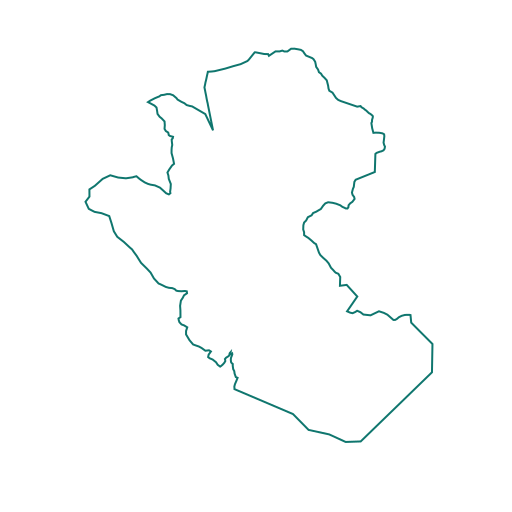 the district of San Martín Itunyoso, Oaxaca, Mexico, rotated 260°
{"feature_id": "50627088B87808414718325", "entity_name": "San Martín Itunyoso", "entity_type": "district", "adm_level": 2, "iso_a3": "MEX", "parent_name": "Mexico", "parent_adm1": "Oaxaca", "projection": "orthographic", "projection_center": [-97.847, 17.222], "detail": "fine", "context": "isolated", "style": "outline", "palette": "teal", "viewbox_px": 512, "rotation_deg": 260, "n_neighbors": 0, "source": "geoboundaries", "source_scale": "gbopen_adm2", "svg_char_len": 4707}
<svg xmlns="http://www.w3.org/2000/svg" viewBox="0 0 512 512"><g transform="rotate(260 256 256)"><path d="M404.6,230.7L414.4,219.1L415.3,216.8L416.7,213.9L418.9,212.0L420.8,209.3L423.7,205.9L425.3,205.1L428.7,202.3L430.3,199.5L430.9,196.5L430.7,193.4L430.9,190.4L429.9,188.3L429.6,186.7L428.9,183.7L427.4,178.9L426.3,176.4L424.9,178.2L421.8,182.1L419.5,183.8L416.0,183.8L413.0,183.7L409.8,185.3L408.0,186.9L404.4,189.3L400.6,188.9L397.1,188.0L394.7,188.9L392.8,191.0L390.2,191.1L389.1,192.2L387.8,195.0L386.3,194.4L385.4,193.2L383.6,193.0L379.9,192.8L377.7,191.9L375.3,191.3L372.0,190.7L366.5,191.2L361.0,191.3L359.7,189.0L356.3,185.6L353.6,183.3L350.5,183.7L347.1,183.5L341.7,184.6L337.4,183.6L334.3,182.6L332.7,182.6L331.8,180.9L333.4,178.4L336.7,175.9L340.0,173.3L343.1,168.7L344.6,164.5L345.8,162.1L347.8,159.2L350.8,156.0L352.4,154.5L355.3,152.1L355.1,149.3L354.9,148.4L355.1,141.4L357.2,133.9L360.8,126.5L358.6,118.4L353.1,109.5L350.5,103.5L343.4,102.3L339.0,97.5L331.5,99.5L329.3,102.3L327.5,104.7L325.0,111.3L320.8,118.4L313.5,119.4L305.0,120.3L299.0,122.7L292.8,128.3L286.3,133.2L284.0,135.1L281.1,136.4L279.1,137.4L276.9,138.5L273.1,140.0L269.2,141.6L266.1,143.8L262.6,146.3L258.0,149.3L251.6,151.6L245.8,155.3L245.0,156.6L243.0,159.4L241.2,161.8L239.8,164.7L238.9,168.0L237.5,170.2L235.7,171.5L235.0,173.2L234.2,176.6L233.9,179.9L233.2,181.7L231.3,181.6L230.6,180.1L229.8,178.3L227.5,176.6L225.1,174.3L220.1,172.6L215.5,172.1L208.9,171.0L207.9,168.8L206.1,168.8L204.1,169.1L201.5,170.8L200.2,173.1L197.7,175.9L194.3,174.1L190.9,173.5L184.6,175.9L179.8,178.7L178.4,181.1L176.8,184.0L174.9,186.4L171.5,189.7L171.3,193.3L169.8,195.0L168.7,193.9L167.2,192.3L164.8,191.3L163.4,192.5L161.6,195.3L158.3,198.2L155.5,199.4L153.3,201.5L153.8,202.6L154.8,204.3L156.3,206.2L157.8,207.5L159.0,207.6L159.9,207.5L161.0,208.8L162.1,211.5L162.8,212.4L164.0,212.9L164.6,213.1L164.9,213.3L165.2,213.6L165.3,213.8L165.7,214.3L165.1,214.1L164.3,214.0L163.8,214.0L163.6,214.1L163.4,214.4L163.5,214.7L163.7,215.1L164.0,215.6L163.8,215.6L163.3,215.6L163.0,215.5L162.6,215.2L162.1,214.9L161.7,214.7L160.8,214.1L160.2,213.8L159.6,213.5L159.0,213.4L158.7,213.3L158.4,213.2L157.5,213.1L156.8,213.1L156.2,213.0L155.5,213.1L154.9,213.4L153.6,214.4L152.7,214.1L152.2,214.1L151.6,214.0L148.5,213.9L146.4,214.6L143.9,214.5L140.3,215.1L139.2,216.7L136.3,214.9L133.4,213.0L131.2,212.0L128.6,211.7L93.9,265.0L75.6,277.6L67.6,297.1L57.3,312.0L55.2,326.9L110.9,409.1L134.6,413.7L138.7,414.5L153.3,404.3L156.2,402.3L163.4,397.3L163.7,397.3L171.0,397.9L171.4,396.9L171.7,395.1L172.1,392.5L171.8,389.1L170.9,386.1L169.5,383.7L168.9,381.9L169.2,380.2L172.7,377.4L175.4,375.2L177.8,372.0L180.2,367.5L177.7,358.5L179.7,351.6L182.5,349.1L184.5,346.1L183.6,344.0L182.9,341.2L183.8,339.0L185.7,336.1L198.5,348.7L211.8,340.3L212.1,333.5L220.7,335.3L224.2,334.0L225.7,331.6L226.9,330.7L228.6,329.7L231.4,327.8L236.1,326.3L239.2,324.5L242.7,321.7L245.8,319.5L248.4,318.6L257.2,317.2L258.7,315.5L261.6,313.3L264.7,310.7L266.7,308.5L268.2,307.0L271.1,307.5L273.9,307.1L278.1,308.0L280.6,309.2L281.6,310.6L282.2,311.5L285.2,313.8L286.4,317.8L288.4,319.7L289.2,323.1L290.3,326.0L291.0,328.0L293.9,330.9L295.8,333.4L296.4,336.4L295.1,340.6L293.6,344.0L291.3,347.8L289.4,349.6L288.2,351.4L287.2,352.7L286.9,354.3L287.9,355.4L289.9,356.0L291.5,357.9L292.6,360.3L294.0,361.8L295.1,363.0L297.1,362.9L299.5,361.7L301.8,361.5L305.3,363.1L307.1,364.3L310.1,365.2L312.0,365.8L313.8,367.4L318.1,387.6L335.8,391.3L336.6,392.7L337.2,395.9L337.3,397.7L337.9,399.9L339.2,401.2L341.3,402.0L343.1,401.5L345.5,401.3L348.0,402.1L351.7,403.2L353.6,403.3L354.8,401.9L355.9,399.0L356.7,395.3L356.9,393.0L361.6,392.6L366.9,392.7L367.5,393.2L368.6,393.7L369.6,393.8L370.5,394.2L371.8,394.9L373.0,395.3L373.8,395.2L374.7,394.5L376.1,393.3L377.0,392.1L378.3,391.1L380.1,389.8L381.4,388.5L382.5,387.7L384.2,385.7L385.5,385.0L385.5,381.6L393.8,366.5L395.5,364.0L397.8,362.2L400.6,361.0L403.6,359.7L406.0,356.9L408.3,356.5L411.3,356.6L413.8,356.4L416.7,356.2L419.6,354.4L422.0,352.6L424.3,351.7L426.1,349.9L428.8,349.5L431.8,348.1L434.6,348.1L437.0,348.0L439.9,346.8L441.2,345.6L444.7,340.1L447.0,338.9L449.5,337.8L451.2,336.0L452.3,333.2L453.5,329.8L454.0,326.5L452.0,322.5L452.5,319.4L453.7,317.6L453.4,314.9L453.8,312.4L454.1,310.7L450.9,303.5L452.7,303.0L453.5,299.1L454.8,295.8L456.6,291.1L456.8,290.1L455.5,288.6L450.6,283.0L449.5,281.4L447.6,274.2L446.9,266.6L445.9,258.3L445.2,247.4L445.4,244.2L445.8,240.6L444.3,240.0L442.2,239.1L439.2,237.9L437.3,237.1L435.8,236.4L433.9,235.7L431.0,234.5L427.4,234.6L426.1,234.6L422.9,234.7L421.5,234.7L419.3,234.7L416.1,234.8L414.9,234.9L413.0,234.9L387.2,235.5L404.6,230.7Z" fill="none" stroke="#0f766e" stroke-width="2"/></g></svg>